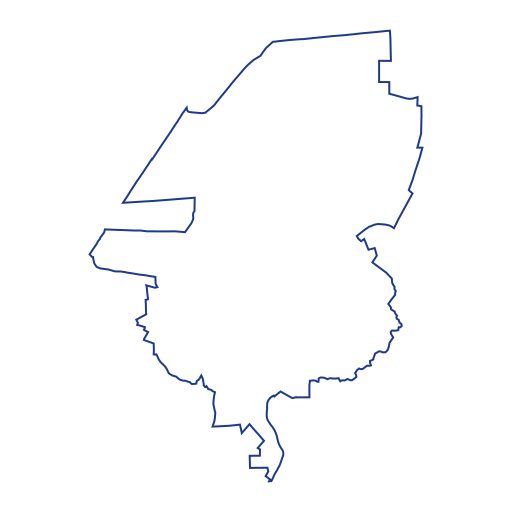 Oluta, Veracruz, Mexico (Natural Earth projection)
{"feature_id": "50627088B82247069447552", "entity_name": "Oluta", "entity_type": "district", "adm_level": 2, "iso_a3": "MEX", "parent_name": "Mexico", "parent_adm1": "Veracruz", "projection": "natural_earth1", "projection_center": [-94.896, 17.896], "detail": "fine", "context": "isolated", "style": "outline", "palette": "blue", "viewbox_px": 512, "rotation_deg": 0, "n_neighbors": 0, "source": "geoboundaries", "source_scale": "gbopen_adm2", "svg_char_len": 5561}
<svg xmlns="http://www.w3.org/2000/svg" viewBox="0 0 512 512"><path d="M151.8,159.1L146.2,167.6L145.3,168.9L142.5,173.2L142.0,173.9L138.1,179.6L137.1,180.9L136.6,181.7L135.3,183.7L131.1,190.2L128.6,194.2L126.9,196.9L124.6,200.3L123.0,202.8L132.5,202.2L145.3,201.4L147.6,201.3L153.9,200.9L174.6,199.3L182.3,198.7L194.7,197.7L194.6,204.6L194.5,211.0L193.3,213.0L193.0,215.2L193.3,217.3L193.1,219.3L191.7,222.5L191.4,223.2L185.0,232.2L181.0,231.8L180.8,231.8L174.8,231.3L168.8,231.4L168.0,231.4L164.2,231.4L158.9,231.4L147.0,231.3L144.4,231.0L140.3,230.5L135.4,230.5L133.8,230.5L118.2,229.9L114.9,229.8L104.9,229.4L104.2,232.3L102.2,235.2L100.4,237.5L100.2,238.0L100.0,238.8L98.2,241.0L96.4,244.3L92.4,250.1L92.2,250.5L89.6,254.3L92.0,256.9L93.0,257.0L93.3,258.7L93.5,259.9L94.4,263.6L96.1,266.1L96.7,266.9L98.5,267.7L99.9,268.3L104.5,269.0L108.3,269.5L115.0,271.4L120.7,271.5L124.4,272.0L127.7,272.7L132.5,273.4L136.5,274.1L139.7,274.6L142.3,274.9L145.0,275.2L146.3,275.4L149.2,276.0L155.4,276.9L155.6,283.2L155.8,284.1L157.4,287.2L154.8,287.7L149.4,286.2L146.3,285.4L146.5,286.0L146.7,286.8L146.7,287.2L147.3,293.1L148.0,299.3L145.6,299.9L145.8,303.3L146.1,314.0L146.2,314.3L136.3,319.7L137.9,322.7L137.2,324.9L138.3,325.1L144.9,327.1L144.9,327.4L144.0,329.9L148.1,332.1L144.2,338.7L143.9,340.0L153.7,343.5L153.8,347.9L153.9,349.9L153.7,354.4L155.3,354.6L156.3,354.3L157.5,356.6L158.8,359.6L160.8,362.3L163.6,365.0L165.3,366.8L166.1,368.0L166.9,369.3L168.9,373.4L172.3,375.5L176.1,376.6L179.4,379.4L182.7,380.6L185.2,380.7L187.3,381.5L189.8,382.1L190.6,383.1L192.0,384.1L193.7,383.9L195.0,383.9L196.3,383.6L196.8,380.9L198.7,379.7L199.5,378.7L201.3,375.5L202.8,378.8L203.8,384.6L203.7,385.1L204.9,386.9L205.6,387.1L206.1,386.6L206.5,386.2L207.6,387.8L208.2,389.1L211.1,389.8L212.5,391.1L215.0,392.2L214.2,395.5L213.8,398.4L213.5,401.0L213.4,403.0L213.5,404.9L213.8,406.1L214.0,406.9L214.5,409.6L215.3,412.8L215.1,415.2L214.9,417.8L214.4,421.0L212.6,426.6L219.4,426.3L228.8,425.8L235.8,425.1L240.0,424.6L241.8,433.1L246.2,428.0L249.5,424.2L255.2,430.8L258.7,434.7L262.5,439.1L264.0,440.8L257.7,448.0L259.4,449.1L260.0,449.4L259.9,455.7L249.7,455.8L250.0,467.6L250.0,467.9L256.9,467.8L260.0,467.8L267.4,467.7L268.3,471.5L265.6,476.1L270.1,479.5L269.1,481.3L271.4,481.1L273.2,477.5L273.9,475.6L275.4,472.8L276.9,470.5L278.0,468.3L279.2,466.3L280.9,462.0L282.1,458.4L283.3,454.8L283.3,452.4L282.6,450.3L281.2,448.3L280.0,446.3L278.8,443.8L278.2,441.9L277.5,439.1L276.9,436.5L276.1,433.9L275.0,431.2L273.7,428.9L272.2,426.6L270.5,424.6L269.3,422.7L267.8,420.4L267.1,418.5L266.7,416.4L266.7,413.5L266.9,410.5L267.1,408.7L267.1,406.0L267.2,403.6L267.8,401.5L268.7,399.8L270.4,397.7L272.5,396.2L273.8,395.6L274.3,396.5L280.5,391.5L291.9,397.9L293.0,398.1L296.0,397.1L296.3,397.4L302.7,397.3L309.4,397.3L309.4,391.9L309.4,391.2L309.4,387.0L309.4,385.2L309.9,381.4L309.9,380.8L313.5,380.4L315.7,380.7L317.0,381.6L318.4,381.8L318.6,380.1L318.7,378.5L319.6,377.9L320.8,377.5L322.6,377.5L324.8,378.0L327.5,379.2L329.0,378.5L331.0,378.2L332.3,378.5L335.0,378.6L338.6,378.2L339.3,379.6L340.3,381.3L341.4,380.5L343.3,380.3L343.5,380.3L344.7,380.5L345.6,380.0L347.3,379.0L350.8,380.3L352.3,380.1L356.0,377.3L356.4,376.6L356.2,375.3L355.1,373.1L357.0,370.2L359.0,368.5L361.0,369.2L362.8,368.9L367.0,365.7L369.6,365.8L370.9,365.4L370.0,362.5L370.0,361.0L373.4,359.4L373.5,358.0L374.0,356.7L375.1,353.6L377.3,352.3L379.1,351.3L381.2,351.6L382.5,352.3L385.2,352.3L386.5,351.4L388.0,349.4L388.9,346.4L389.6,342.7L391.2,340.3L393.2,337.5L391.8,335.3L390.6,332.7L390.9,331.8L392.1,330.5L394.0,330.7L397.0,330.5L398.3,330.0L398.4,329.0L398.7,327.2L400.2,327.3L401.7,326.0L401.4,323.9L399.6,322.7L399.0,321.0L398.6,319.8L396.7,318.7L396.4,317.3L397.0,315.7L396.0,314.4L395.2,313.3L394.7,311.6L391.2,309.4L390.9,307.4L388.3,303.9L390.4,301.0L391.8,299.1L395.1,294.9L395.3,292.1L395.8,291.1L395.2,290.2L394.6,289.3L394.4,288.1L394.5,286.4L393.5,285.5L392.2,282.8L391.8,278.5L385.9,272.4L372.9,262.8L372.4,262.4L376.8,255.6L376.6,254.9L374.7,248.1L368.5,249.7L364.2,239.0L361.1,241.2L358.5,238.9L357.6,237.4L357.4,237.1L356.8,236.0L357.1,235.8L364.1,230.2L369.3,226.6L371.0,226.2L372.9,225.3L374.8,224.6L378.1,224.0L382.1,224.3L385.5,224.6L388.0,225.1L390.1,225.8L391.9,226.8L394.0,228.2L398.2,219.6L407.0,203.5L412.5,193.4L411.5,192.5L410.2,191.5L408.8,190.0L412.5,180.1L415.3,170.9L419.5,158.3L422.4,147.7L417.3,147.6L417.7,146.4L421.1,133.6L421.2,129.2L421.4,119.2L421.5,117.1L421.4,106.2L417.3,105.5L417.6,97.1L413.0,98.5L409.4,98.9L406.2,98.4L405.0,98.1L400.2,96.7L390.4,94.0L389.3,93.8L389.3,82.1L379.1,82.0L379.1,60.8L390.9,60.9L390.4,38.2L389.9,30.7L386.9,30.9L380.1,31.6L375.4,32.1L370.8,32.5L364.2,33.1L359.8,33.5L359.4,33.6L356.4,33.9L354.0,34.2L350.0,34.6L346.9,34.9L346.6,35.0L345.1,35.1L344.1,35.2L330.3,36.3L329.9,36.4L326.8,36.7L315.7,37.8L304.3,39.0L304.0,39.1L300.2,39.2L289.9,40.0L286.8,40.3L280.2,41.0L276.1,41.5L275.3,41.6L274.9,41.6L274.0,41.7L273.6,41.7L272.8,41.9L268.1,46.1L266.1,47.9L263.0,52.1L260.5,55.8L253.6,59.9L249.8,63.2L248.6,64.3L246.8,66.0L244.9,68.0L242.9,70.3L239.0,74.9L234.5,80.1L233.6,81.2L230.8,84.6L229.9,85.8L219.3,98.7L217.8,100.7L216.7,102.0L213.8,105.7L205.3,112.7L202.2,113.2L194.7,112.6L192.4,112.4L190.7,112.2L189.0,111.9L188.2,111.5L187.4,110.7L186.9,109.5L186.8,108.3L186.7,107.6L185.4,109.4L183.7,111.9L182.9,112.8L181.2,115.5L179.3,118.6L178.9,119.1L177.5,121.5L177.2,122.0L175.9,123.8L171.5,130.5L170.8,131.7L169.4,133.7L161.1,145.9L160.4,147.0L152.5,158.9L152.1,159.4L151.8,159.1Z" fill="none" stroke="#1e3a8a" stroke-width="2"/></svg>